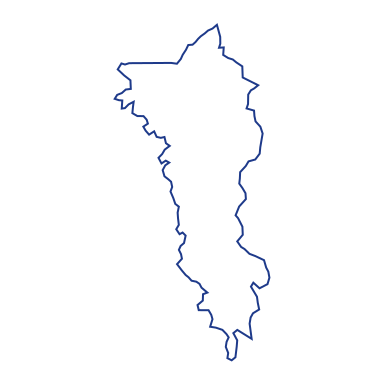 Barão de Antonina, São Paulo, Brazil, rotated 181°
{"feature_id": "56859067B50057766489130", "entity_name": "Barão de Antonina", "entity_type": "district", "adm_level": 2, "iso_a3": "BRA", "parent_name": "Brazil", "parent_adm1": "São Paulo", "projection": "equal_earth", "projection_center": [-49.568, -23.569], "detail": "fine", "context": "isolated", "style": "outline", "palette": "blue", "viewbox_px": 384, "rotation_deg": 181, "n_neighbors": 0, "source": "geoboundaries", "source_scale": "gbopen_adm2", "svg_char_len": 2099}
<svg xmlns="http://www.w3.org/2000/svg" viewBox="0 0 384 384"><g transform="rotate(181 192 192)"><path d="M184.5,79.1L183.2,74.0L179.0,74.0L173.4,74.1L170.6,69.5L169.3,65.2L171.5,57.6L165.8,56.8L159.2,54.7L155.1,50.6L152.8,47.3L154.8,42.8L155.5,37.7L153.0,31.7L153.7,26.5L149.4,24.4L145.7,27.5L144.6,38.2L144.2,44.5L148.2,51.6L144.3,54.9L129.8,46.2L132.1,61.4L131.2,67.5L128.9,71.8L122.8,75.7L124.3,82.4L125.2,88.4L131.4,98.4L129.1,102.4L122.8,96.9L114.9,101.2L113.1,107.7L114.3,113.7L116.5,117.7L118.8,125.1L127.7,129.1L133.5,131.2L138.5,135.9L141.9,137.9L145.9,143.4L140.5,150.1L141.0,158.2L145.5,166.7L148.0,169.4L144.6,178.3L138.0,185.9L138.5,191.7L141.7,196.9L144.9,201.2L144.4,206.2L144.2,212.7L138.7,218.9L136.0,223.6L129.3,225.6L125.0,231.5L124.5,238.0L122.4,251.7L124.8,258.5L129.7,263.7L130.9,269.0L131.4,274.5L138.9,276.5L137.5,280.9L137.5,290.4L134.9,294.7L131.7,296.6L127.7,299.9L143.3,307.4L143.9,318.5L150.0,322.4L153.5,325.2L158.2,326.6L163.2,329.6L162.8,337.1L167.5,336.7L166.3,340.7L166.5,347.6L170.0,359.6L174.3,355.8L178.8,353.7L182.0,350.8L185.9,347.9L188.5,345.3L191.1,342.0L194.0,339.3L198.3,338.9L200.5,334.1L203.7,329.0L205.5,324.8L209.3,320.0L215.1,320.7L257.1,319.7L261.2,318.3L264.8,319.3L268.4,313.3L261.9,307.4L255.5,302.6L255.0,294.0L260.0,293.3L263.9,289.7L268.5,287.8L270.9,283.8L266.6,282.5L263.3,282.3L263.7,274.2L260.5,274.7L256.9,278.5L251.9,281.2L252.5,276.1L253.0,269.8L248.0,267.0L241.8,267.0L238.6,263.5L237.3,259.6L241.8,256.5L239.5,252.6L235.9,248.6L230.9,252.0L228.3,246.5L224.1,245.6L220.5,246.5L218.9,240.3L215.1,237.7L220.0,233.9L222.5,229.4L226.1,225.6L223.0,220.0L218.8,222.9L215.3,221.0L219.2,218.2L221.7,213.4L219.8,207.2L215.9,204.3L213.1,201.9L211.9,196.7L213.5,192.1L210.5,185.4L208.5,179.8L204.9,177.1L206.0,171.1L205.5,165.4L204.6,158.9L207.1,154.5L203.7,149.6L200.7,151.3L197.6,148.3L199.1,140.8L202.4,137.9L204.1,133.9L201.9,129.7L200.9,125.1L205.7,119.6L200.8,113.4L196.9,108.9L194.0,106.7L190.9,103.3L186.1,102.4L182.9,100.3L180.8,96.5L174.9,91.7L179.2,90.0L179.3,83.6L184.5,79.1Z" fill="none" stroke="#1e3a8a" stroke-width="2"/></g></svg>